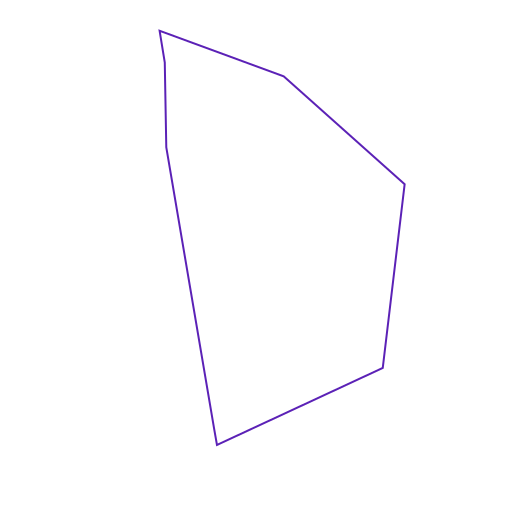 an SVG outline of Macao S.A.R, rotated 105°
{"feature_id": "MAC", "entity_name": "Macao S.A.R", "entity_type": "country or territory", "adm_level": 0, "iso_a3": "MAC", "parent_name": "Asia", "parent_adm1": "", "projection": "orthographic", "projection_center": [113.504, 22.221], "detail": "fine", "context": "isolated", "style": "outline", "palette": "violet", "viewbox_px": 512, "rotation_deg": 105, "n_neighbors": 0, "source": "natural_earth", "source_scale": "50m", "svg_char_len": 270}
<svg xmlns="http://www.w3.org/2000/svg" viewBox="0 0 512 512"><g transform="rotate(105 256 256)"><path d="M63.4,407.4L75.3,275.7L148.2,131.0L331.3,104.6L448.6,244.8L434.0,251.6L174.2,370.8L92.7,394.2L63.4,407.4Z" fill="none" stroke="#5b21b6" stroke-width="2"/></g></svg>